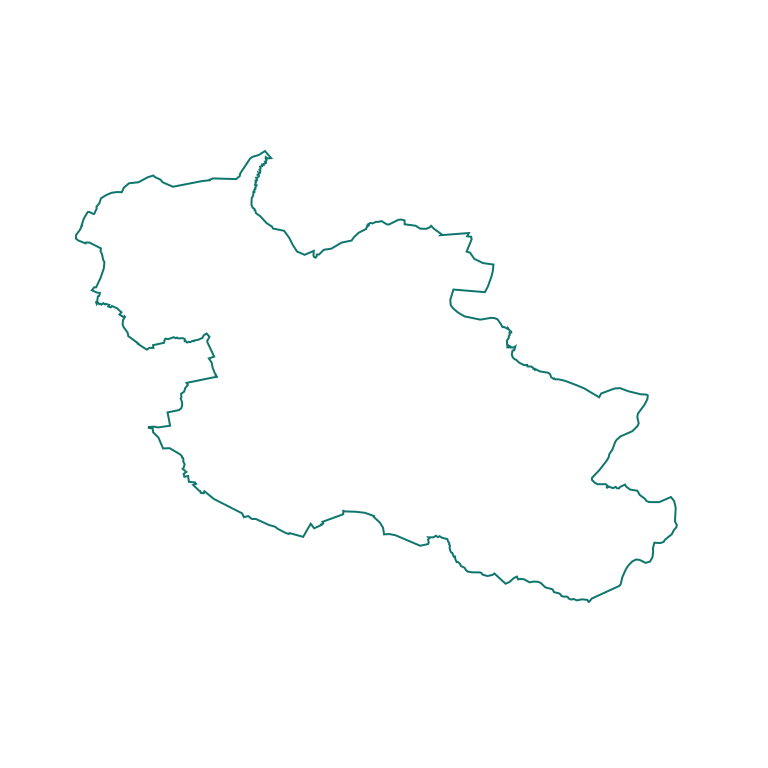 outline of Remetea Chioarului, Maramures, Romania, rotated 341°
{"feature_id": "2599482B30714970991865", "entity_name": "Remetea Chioarului", "entity_type": "district", "adm_level": 2, "iso_a3": "ROU", "parent_name": "Romania", "parent_adm1": "Maramures", "projection": "equal_earth", "projection_center": [23.534, 47.521], "detail": "fine", "context": "isolated", "style": "outline", "palette": "teal", "viewbox_px": 768, "rotation_deg": 341, "n_neighbors": 0, "source": "geoboundaries", "source_scale": "gbopen_adm2", "svg_char_len": 6166}
<svg xmlns="http://www.w3.org/2000/svg" viewBox="0 0 768 768"><g transform="rotate(341 384 384)"><path d="M480.0,249.8L478.1,250.8L474.3,251.0L468.8,248.9L465.5,244.7L455.5,239.7L456.7,236.0L453.8,234.1L451.0,233.4L440.7,234.8L438.7,234.0L434.6,229.1L431.3,228.9L429.2,228.0L425.6,228.5L423.7,227.3L421.9,227.6L421.5,228.9L420.2,229.5L420.0,228.6L417.5,231.6L409.4,232.7L403.4,235.4L400.1,237.8L389.9,236.5L378.2,238.9L370.9,237.5L364.7,240.4L362.6,239.7L361.9,241.3L360.5,242.3L359.3,241.2L359.1,239.7L360.9,235.3L351.0,236.0L344.9,230.4L343.0,222.7L342.0,215.0L339.4,206.6L329.7,200.9L329.2,198.5L325.3,193.6L321.7,185.2L318.5,180.6L318.8,177.9L318.2,177.2L318.5,176.1L317.2,174.6L317.0,171.4L319.4,165.2L321.6,163.3L322.8,160.6L323.8,160.4L323.5,159.4L324.4,159.3L324.8,158.0L326.0,157.6L325.9,156.7L328.2,154.6L326.9,153.7L328.8,151.4L328.4,150.9L328.8,149.9L330.3,150.0L330.3,147.4L331.7,147.7L333.4,146.8L333.5,146.2L332.6,145.1L334.4,144.5L334.3,143.3L335.1,144.1L335.7,143.8L336.4,142.4L336.0,140.8L337.4,140.3L337.7,138.1L339.8,138.3L340.3,136.8L341.6,137.7L341.8,136.8L344.1,136.7L343.9,135.2L344.7,135.5L344.9,134.7L345.8,134.1L345.5,132.3L346.1,131.0L347.4,132.8L350.8,133.7L347.3,125.0L340.0,126.7L334.1,126.4L331.0,127.1L316.6,138.1L315.3,140.4L310.9,142.1L289.1,133.9L285.6,134.1L285.6,134.6L278.1,132.9L248.7,128.8L240.4,121.2L239.1,117.9L234.9,113.9L233.8,111.8L228.0,111.6L217.5,113.3L208.3,111.2L202.0,113.6L198.5,117.3L194.2,115.6L188.7,114.5L183.0,114.9L176.9,116.3L173.5,120.6L169.9,122.7L169.5,124.5L165.5,128.7L164.4,128.5L161.4,125.4L159.7,125.0L153.8,130.1L149.4,136.0L149.8,136.1L146.4,139.5L141.5,142.7L140.0,146.1L141.6,148.7L147.6,153.9L148.5,153.2L151.7,154.5L160.5,163.6L159.3,166.0L159.6,169.6L158.9,175.1L159.3,177.8L156.7,183.5L150.7,191.2L143.3,198.9L141.5,198.2L138.3,200.3L142.2,204.0L145.0,205.4L143.5,207.9L142.0,208.0L139.8,212.3L138.4,212.8L138.4,214.9L140.0,213.7L140.8,215.9L142.0,215.8L142.9,217.0L145.0,216.2L146.0,217.9L147.1,217.7L150.0,219.8L148.5,220.9L150.6,222.6L152.2,221.7L156.2,225.5L159.1,230.7L156.5,232.2L159.4,235.8L160.1,236.2L160.6,235.5L160.9,236.3L158.1,238.5L156.3,242.4L156.3,245.3L158.3,252.0L157.8,255.5L164.8,265.5L164.3,265.8L170.9,274.3L174.0,273.4L177.7,274.8L178.3,272.1L189.4,273.4L191.4,270.3L192.4,270.0L194.3,271.3L200.5,271.3L202.0,272.9L203.3,272.7L204.3,273.9L208.8,275.2L210.3,276.7L209.5,278.6L210.5,278.8L211.0,280.4L211.9,280.8L212.9,280.5L214.5,281.3L217.0,280.9L218.3,281.6L218.9,281.1L222.6,281.7L227.3,281.3L229.5,279.2L232.7,278.5L234.4,282.6L231.0,285.5L230.6,286.8L232.3,302.8L226.7,302.8L228.0,307.6L227.3,312.7L227.5,318.9L228.2,320.7L227.6,321.2L228.8,323.6L228.0,322.8L224.2,322.1L197.7,318.7L198.2,321.0L194.7,323.2L192.5,326.2L189.0,327.1L188.1,330.6L187.1,331.4L187.1,335.4L186.1,338.8L184.3,341.0L181.5,341.9L170.1,340.4L168.2,353.8L156.2,351.5L152.8,349.5L147.6,348.1L147.3,349.0L150.8,350.8L150.0,354.6L153.3,361.2L154.1,373.0L160.4,374.9L168.5,384.4L169.4,386.7L169.1,387.8L169.8,388.4L169.9,389.6L168.9,392.1L169.4,394.9L167.0,398.3L166.0,398.7L168.5,402.8L165.3,403.8L165.0,406.7L168.8,407.2L167.7,413.0L173.3,415.6L173.8,417.2L170.7,417.3L174.5,424.8L175.5,425.6L175.2,427.2L178.0,428.6L179.3,426.9L185.6,437.2L207.7,460.1L208.2,464.3L212.7,464.7L215.0,468.5L218.9,469.9L229.5,480.0L234.7,483.6L236.4,486.4L242.7,493.0L245.1,494.8L246.1,494.2L257.8,502.2L269.2,492.3L271.0,497.7L279.1,496.9L279.0,496.3L281.1,496.1L280.9,494.3L303.0,493.9L304.4,489.9L304.6,491.4L315.0,495.3L323.9,499.5L331.6,505.6L331.0,506.2L335.0,513.7L336.3,519.7L335.1,526.2L340.2,527.6L345.8,530.9L365.5,548.7L373.6,549.7L374.7,548.4L375.0,545.4L376.8,544.5L376.2,543.5L381.0,545.1L383.7,544.4L385.2,546.4L387.0,546.0L388.6,548.1L393.4,551.3L393.3,553.8L394.0,555.5L393.3,556.8L393.8,558.3L392.7,560.1L392.4,563.4L392.7,565.2L393.6,565.9L393.7,570.0L395.0,570.3L394.4,571.9L394.7,576.0L395.9,576.3L397.2,578.5L397.5,581.2L400.4,584.0L400.9,586.7L401.9,588.5L405.9,590.7L413.4,593.4L414.6,594.5L415.1,596.3L419.4,599.3L424.7,599.8L426.7,599.1L433.9,612.4L438.1,612.1L443.7,609.7L447.0,609.4L447.1,612.4L449.2,612.6L452.8,614.2L457.0,618.9L461.0,619.5L464.9,621.0L467.4,623.0L470.4,628.9L476.1,632.7L476.7,633.5L476.9,636.1L481.3,638.9L482.4,640.4L482.7,642.0L484.5,643.5L487.6,644.5L488.6,645.7L488.8,646.9L490.8,648.8L493.1,648.9L496.0,651.4L501.2,652.1L506.0,654.3L506.3,656.3L506.9,656.8L510.7,654.5L540.8,651.5L542.7,650.3L546.5,644.2L552.5,637.8L556.3,634.9L561.0,632.6L565.2,632.0L568.5,633.6L573.1,638.3L577.7,638.5L581.4,635.2L584.0,630.1L584.5,627.3L588.0,622.1L593.3,624.3L596.9,624.4L599.0,622.7L607.3,619.7L610.5,616.5L613.7,614.7L615.0,612.7L614.4,608.6L619.6,595.8L620.2,589.0L618.5,584.3L605.8,585.3L596.3,582.0L594.1,580.1L593.4,577.6L589.7,572.2L588.8,567.4L582.3,563.9L579.6,559.9L579.1,557.6L574.2,558.1L572.1,559.2L570.4,558.5L569.5,556.7L566.6,557.0L563.2,554.3L561.2,554.7L561.0,554.1L562.2,552.7L560.8,550.8L553.3,548.3L551.3,546.2L549.4,542.3L550.2,540.4L560.0,535.3L569.7,528.9L572.5,526.5L574.4,523.5L578.6,520.4L583.6,514.2L585.8,512.5L590.7,510.5L603.4,509.5L609.8,506.4L612.0,504.2L612.7,497.9L614.4,494.7L623.7,488.3L628.1,484.0L629.7,480.7L628.8,479.5L623.4,477.3L612.5,470.3L605.8,464.7L600.4,463.3L586.2,463.7L583.1,466.6L571.9,453.4L566.0,448.1L556.3,440.0L550.6,436.4L547.3,435.3L546.8,434.2L545.9,434.3L544.3,432.0L544.2,428.5L542.7,426.7L535.4,422.8L532.4,419.6L531.4,419.8L531.4,418.7L530.2,418.4L530.2,417.1L528.8,415.4L525.3,414.0L525.6,412.5L522.6,411.8L518.8,407.9L516.7,404.0L515.5,403.0L514.4,400.7L514.4,397.8L516.4,394.2L518.1,394.5L520.4,391.2L518.5,391.7L512.5,389.5L513.2,388.1L514.6,388.4L513.2,386.8L514.4,382.9L517.1,380.9L517.5,379.4L518.7,378.8L519.3,376.5L521.1,376.8L521.3,375.8L520.2,374.7L519.4,371.4L518.9,372.1L515.9,369.0L514.6,368.9L514.0,365.3L512.3,359.7L510.0,357.7L506.8,356.3L496.0,354.5L482.2,346.3L477.2,340.5L473.9,334.8L472.8,331.3L474.0,326.1L480.4,317.3L509.3,330.0L513.9,325.7L520.4,317.6L523.6,312.7L526.4,306.7L517.0,301.9L510.1,295.1L508.2,287.9L505.2,285.7L513.9,275.8L514.4,273.2L510.7,271.4L513.4,268.9L485.9,261.7L487.1,261.1L481.7,253.4L480.0,249.8Z" fill="none" stroke="#0f766e" stroke-width="2"/></g></svg>